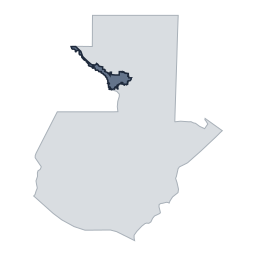 location of Las Cruces, Petén, Guatemala
{"feature_id": "79465075B61221719902426", "entity_name": "Las Cruces", "entity_type": "district", "adm_level": 2, "iso_a3": "GTM", "parent_name": "Guatemala", "parent_adm1": "Petén", "projection": "natural_earth1", "projection_center": [-90.704, 16.86], "detail": "fine", "context": "in_parent", "style": "filled", "palette": "slate", "viewbox_px": 256, "rotation_deg": 0, "n_neighbors": 0, "source": "geoboundaries", "source_scale": "gbopen_adm2", "svg_char_len": 5768}
<svg xmlns="http://www.w3.org/2000/svg" viewBox="0 0 256 256"><path d="M33.7,196.0L35.0,194.6L36.0,191.3L37.3,188.0L36.5,184.1L36.0,180.9L37.5,176.4L37.4,172.9L38.0,170.8L40.2,169.4L41.3,166.8L35.2,157.8L35.2,155.7L36.1,153.2L41.0,143.6L46.9,132.1L53.4,119.4L57.3,111.8L71.5,111.8L80.9,111.8L92.9,111.8L105.9,111.8L114.4,111.8L117.9,111.7L117.3,106.7L117.8,101.3L119.3,96.3L119.3,94.1L116.8,91.4L111.9,89.9L109.1,87.5L109.1,84.5L107.9,80.9L105.5,76.6L100.6,72.2L93.1,67.8L86.7,61.8L81.4,54.3L77.0,49.4L73.6,47.4L72.7,46.3L82.8,46.4L92.3,46.5L92.4,35.7L92.4,26.2L92.5,15.4L109.7,15.4L130.2,15.4L151.6,15.4L168.3,15.4L178.2,15.4L177.7,28.9L177.2,44.4L176.9,55.8L176.4,71.0L175.9,86.6L175.2,107.8L174.8,121.5L175.0,121.8L180.6,121.2L188.9,121.8L191.0,121.7L193.5,122.9L195.5,123.3L199.7,126.4L204.6,128.7L207.8,124.0L206.1,121.2L204.9,119.7L205.1,118.4L222.3,130.7L220.3,132.5L215.9,136.9L208.0,144.3L200.9,151.0L194.0,157.1L187.9,162.5L187.2,163.0L179.4,166.9L178.1,168.7L176.4,176.4L175.6,178.3L177.0,182.6L178.5,189.2L178.0,192.6L172.6,196.9L170.1,200.7L169.1,203.1L168.1,202.5L166.4,202.3L162.5,203.3L160.7,203.5L159.1,204.6L159.0,206.9L160.0,210.8L160.4,212.8L159.3,213.7L154.5,216.0L152.6,218.3L150.9,221.9L148.8,223.3L146.6,223.1L145.0,223.6L141.7,226.2L136.8,231.4L134.1,235.2L134.1,238.1L134.6,240.6L116.5,231.6L110.4,230.0L85.0,230.2L74.1,226.6L61.7,219.8L53.3,213.5L33.7,196.0Z" fill="#d9dde1" stroke="#a8b0b8" stroke-width="1"/><path d="M75.7,46.6L71.1,46.6L71.4,47.5L71.6,47.8L71.7,48.4L72.0,48.8L72.5,49.1L72.9,49.2L73.7,49.1L74.2,49.1L74.4,49.3L74.8,49.7L75.2,49.9L75.6,50.7L75.6,50.9L75.4,51.4L75.4,51.6L75.5,51.7L75.8,51.7L76.0,51.7L76.4,50.7L76.5,50.5L76.7,50.4L77.0,50.4L77.4,50.6L77.8,50.5L78.5,50.6L78.9,50.5L79.0,50.7L79.2,50.9L79.5,51.1L79.6,51.3L79.6,51.5L79.5,51.9L79.3,52.3L79.1,52.7L79.2,53.9L79.4,54.4L79.6,54.7L80.0,54.9L81.0,54.9L81.3,55.2L81.7,56.0L81.9,57.0L81.9,57.5L82.1,57.6L82.3,57.9L82.8,58.3L83.6,59.5L84.5,60.1L84.8,60.3L85.4,60.1L85.8,60.1L86.0,60.2L86.3,60.4L86.3,60.8L86.2,61.4L86.2,61.5L86.3,61.7L86.4,61.9L86.8,62.0L87.1,62.2L87.3,62.5L87.5,63.1L88.1,63.5L88.5,64.0L88.6,64.3L88.9,64.6L88.9,64.8L88.5,65.1L88.5,65.4L88.8,65.8L89.2,66.0L90.0,66.2L91.6,66.8L92.0,67.1L92.2,67.3L92.3,67.5L92.4,67.9L92.5,68.0L92.8,67.7L92.8,67.2L92.6,66.5L92.6,66.3L92.7,66.0L92.9,65.9L93.2,65.8L93.6,65.9L93.9,66.1L94.0,66.3L94.1,66.6L94.0,66.8L93.9,67.2L93.4,67.4L93.2,67.6L93.1,67.8L93.2,68.0L93.3,68.1L94.1,67.9L94.9,68.1L95.1,68.2L95.1,68.3L95.2,68.5L95.1,69.0L95.2,69.3L95.4,69.6L95.5,70.1L95.7,70.3L95.9,70.3L96.7,70.1L97.3,70.1L97.8,70.2L98.5,70.8L98.6,71.0L98.7,71.5L98.8,71.6L99.5,71.7L101.0,71.5L101.3,71.6L101.3,71.8L101.3,72.0L101.1,72.4L101.2,72.7L101.2,72.8L102.3,73.3L102.8,73.4L103.2,73.6L103.3,73.7L103.3,74.1L103.6,74.4L104.9,75.3L105.3,75.5L105.5,75.7L105.6,76.0L105.6,76.4L105.6,76.7L105.7,76.8L106.8,77.6L107.1,79.1L107.3,79.4L107.7,79.9L107.9,80.3L107.9,80.5L107.8,80.8L107.7,81.0L107.8,81.4L108.1,82.0L108.1,82.4L108.1,82.8L108.0,83.0L107.6,83.1L107.5,83.4L107.5,83.5L107.9,83.8L108.3,83.8L108.5,83.7L108.7,83.4L108.8,83.1L108.7,82.8L108.9,82.9L109.0,83.0L109.4,83.8L108.9,84.2L108.6,84.4L108.5,84.8L108.5,85.3L108.4,85.6L108.6,86.0L108.5,87.1L108.7,87.3L108.9,87.4L109.1,87.3L109.7,86.9L109.8,86.9L110.1,87.1L110.2,87.3L110.4,87.7L110.4,88.0L110.1,88.5L109.9,88.6L109.5,88.7L109.2,88.7L109.0,88.9L109.0,89.1L109.2,89.3L109.5,89.4L109.9,89.3L110.0,88.9L110.3,88.7L110.5,88.8L110.9,88.7L111.0,88.7L111.0,88.8L110.9,89.2L111.0,89.5L111.2,89.8L111.4,89.8L111.7,89.6L112.1,89.5L112.5,89.3L113.3,89.1L113.6,89.0L114.0,88.9L114.2,89.0L114.4,89.2L114.5,89.2L114.5,88.7L114.5,88.2L114.6,87.8L114.9,87.3L115.0,87.2L115.3,87.2L115.4,86.9L115.5,86.9L115.4,87.3L115.5,87.5L115.8,87.7L115.9,87.8L116.1,87.6L116.1,87.2L116.4,86.7L116.8,86.8L117.0,86.9L117.2,87.9L117.2,88.3L117.2,88.6L117.3,88.8L117.8,89.0L118.0,88.9L118.0,88.7L117.7,88.2L117.7,87.7L117.8,87.0L117.9,86.2L118.1,85.8L118.1,85.6L117.8,85.6L117.6,85.9L117.1,85.7L117.0,85.4L117.2,85.2L118.0,84.7L118.4,84.9L118.6,84.9L119.0,84.7L119.1,84.0L119.3,83.9L119.7,83.8L120.3,83.8L120.5,83.9L120.9,83.8L121.1,83.8L121.4,84.0L121.5,84.0L121.5,83.8L121.5,83.7L121.0,82.6L121.1,82.4L121.3,82.4L121.9,82.6L122.3,82.5L122.5,82.5L122.9,82.9L122.9,83.1L122.8,83.3L122.6,83.4L122.4,83.3L122.2,83.4L122.1,83.7L122.2,84.0L122.4,84.1L122.7,83.8L122.9,83.8L124.2,85.1L124.4,85.1L124.5,84.9L124.4,84.7L124.6,84.2L124.8,84.1L125.1,84.2L125.6,84.4L126.2,84.5L126.6,84.8L126.9,84.6L126.7,84.4L126.8,84.3L126.9,84.0L127.0,84.0L127.3,84.2L127.6,84.2L127.6,83.6L127.7,83.4L127.7,83.1L127.5,82.9L127.7,82.7L127.7,82.4L127.7,82.2L127.6,81.9L127.6,81.7L127.6,81.3L127.8,81.2L127.9,81.3L127.9,81.2L128.0,81.2L128.3,81.0L128.3,80.9L128.3,81.0L128.4,80.9L128.5,81.0L128.6,80.9L128.8,80.8L128.9,80.7L129.4,80.8L129.5,80.8L129.5,80.7L129.8,80.7L130.3,80.5L131.1,79.3L131.2,78.9L131.1,78.2L131.4,77.8L128.8,77.8L128.7,76.3L127.8,76.3L127.9,75.2L128.1,75.2L128.1,74.3L128.3,74.3L128.3,73.5L127.5,73.4L125.8,73.3L125.7,73.3L125.7,73.0L125.3,73.0L124.6,73.0L124.4,72.6L124.2,72.6L124.2,72.3L123.8,72.1L123.8,71.9L123.5,71.8L123.4,71.9L123.1,72.0L123.2,71.8L123.0,71.7L123.0,72.2L121.1,71.9L121.2,71.6L119.3,71.6L119.2,75.0L115.1,75.0L111.1,74.6L111.3,74.5L111.4,72.2L110.5,72.2L110.5,72.5L110.1,72.5L110.1,73.1L110.0,75.4L109.6,74.8L109.6,74.6L109.4,74.5L108.9,73.6L109.0,73.4L108.8,73.2L108.6,73.4L108.5,73.7L108.3,73.7L108.0,73.4L108.0,72.9L107.0,72.3L104.7,71.5L104.6,71.2L105.3,70.2L105.0,70.0L104.5,69.4L102.6,69.3L102.7,66.9L99.2,66.3L98.3,64.9L97.8,64.4L97.3,63.9L96.8,63.6L96.8,63.8L96.7,63.7L96.5,63.8L96.4,63.8L96.2,63.9L96.1,64.1L96.1,64.3L96.0,64.5L95.8,64.6L95.4,64.8L95.1,65.0L91.7,64.7L87.5,61.2L82.7,56.6L80.8,51.3L80.0,50.6L75.7,46.6Z" fill="#64748b" stroke="#1e293b" stroke-width="1.5"/></svg>